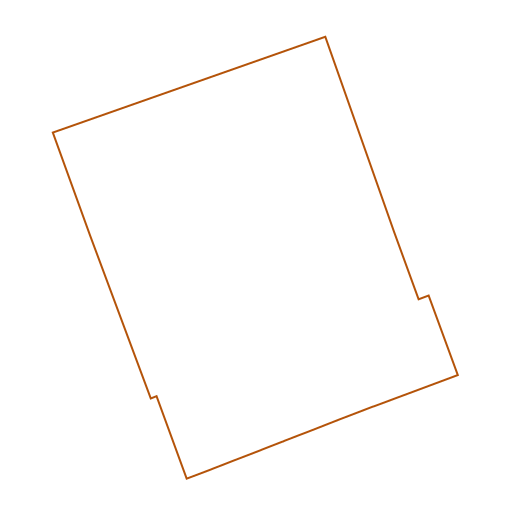 Harrison, Missouri, United States of America (Albers equal-area conic projection), rotated 160°
{"feature_id": "52423323B2822402120126", "entity_name": "Harrison", "entity_type": "district", "adm_level": 2, "iso_a3": "USA", "parent_name": "United States of America", "parent_adm1": "Missouri", "projection": "albers", "projection_center": [-93.959, 40.355], "detail": "fine", "context": "isolated", "style": "outline", "palette": "amber", "viewbox_px": 512, "rotation_deg": 160, "n_neighbors": 0, "source": "geoboundaries", "source_scale": "gbopen_adm2", "svg_char_len": 527}
<svg xmlns="http://www.w3.org/2000/svg" viewBox="0 0 512 512"><g transform="rotate(160 256 256)"><path d="M404.7,441.5L404.9,332.2L403.6,158.1L397.4,158.3L397.3,70.5L371.3,70.8L369.2,70.9L355.1,71.2L347.1,71.4L318.8,71.9L318.1,71.9L317.1,72.0L308.8,72.2L295.1,72.5L294.7,72.5L294.2,72.4L293.2,72.5L292.4,72.6L277.2,72.9L269.0,73.0L244.5,73.6L232.7,73.9L203.5,74.4L203.3,74.4L197.8,74.5L196.6,74.4L107.1,75.1L107.3,159.8L118.0,159.7L118.0,231.7L115.9,438.3L404.7,441.5Z" fill="none" stroke="#b45309" stroke-width="2"/></g></svg>